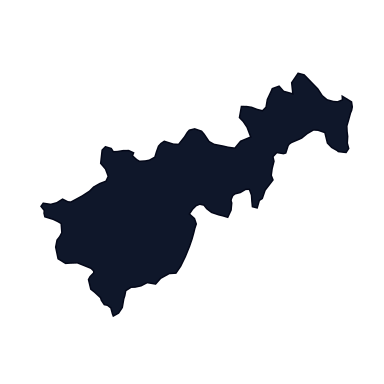 outline of Alaminos, Larnaca, Cyprus, rotated 281°
{"feature_id": "46923920B78636807865275", "entity_name": "Alaminos", "entity_type": "district", "adm_level": 2, "iso_a3": "CYP", "parent_name": "Cyprus", "parent_adm1": "Larnaca", "projection": "mercator", "projection_center": [33.448, 34.798], "detail": "fine", "context": "isolated", "style": "filled", "palette": "ink", "viewbox_px": 384, "rotation_deg": 281, "n_neighbors": 0, "source": "geoboundaries", "source_scale": "gbopen_adm2", "svg_char_len": 2383}
<svg xmlns="http://www.w3.org/2000/svg" viewBox="0 0 384 384"><g transform="rotate(281 192 192)"><path d="M328.8,273.5L318.3,269.0L314.0,270.3L307.5,272.3L307.5,271.9L307.7,270.6L308.1,265.8L308.3,262.7L312.5,257.3L308.8,251.1L306.3,250.6L297.2,248.3L289.4,248.5L285.2,245.7L285.5,240.0L286.5,234.4L286.3,229.4L285.4,224.2L274.1,224.4L271.1,228.7L266.1,233.7L257.2,239.2L251.1,230.0L243.2,225.7L242.8,218.8L243.0,213.6L243.0,204.5L244.8,199.1L251.1,192.8L253.5,189.8L254.5,182.6L252.2,177.6L249.7,176.1L244.7,174.2L236.2,169.8L235.4,164.6L236.5,155.1L233.7,152.3L230.6,150.4L224.9,149.5L219.1,148.9L215.1,144.1L213.6,140.4L212.1,134.6L213.2,131.5L216.2,126.6L219.3,127.2L220.6,122.0L219.5,116.6L217.5,111.2L216.5,107.1L219.3,104.4L219.9,98.4L216.0,95.8L202.7,96.9L198.1,102.7L191.4,106.8L186.2,105.5L182.7,99.9L178.1,94.5L173.3,91.3L167.2,85.0L162.5,79.3L159.0,75.0L158.7,72.0L160.3,66.3L155.7,61.4L152.9,55.7L152.6,48.1L149.1,46.5L145.7,50.5L142.9,50.8L139.6,52.3L138.7,60.9L137.4,65.9L136.1,69.6L127.2,72.0L123.0,70.7L119.1,68.7L111.9,68.7L100.9,73.3L97.8,81.5L98.9,85.6L100.6,93.0L98.9,101.9L97.8,107.5L95.8,110.5L93.9,111.0L89.5,108.1L86.3,107.1L77.3,111.2L75.1,115.5L70.8,122.4L68.4,123.7L64.7,127.4L64.7,130.6L62.7,134.5L57.3,137.1L55.2,138.4L59.1,143.0L65.3,145.6L74.1,145.4L77.3,145.8L82.5,145.8L86.9,150.4L87.8,154.3L90.2,159.9L94.5,165.3L94.7,173.8L101.3,177.7L107.6,185.2L109.3,191.7L116.9,195.0L127.4,197.8L138.1,199.9L145.9,201.0L152.4,201.5L156.8,201.7L161.4,202.3L166.4,199.5L169.9,193.6L175.3,195.9L179.4,198.7L181.5,201.9L181.4,206.2L178.4,209.7L175.7,215.1L174.7,222.6L174.5,227.0L174.0,231.9L181.7,233.8L188.8,233.1L190.8,232.0L192.5,231.9L196.3,232.7L198.4,234.6L200.7,239.5L204.8,244.1L205.6,247.8L200.3,251.0L194.2,252.6L189.1,254.1L188.8,259.0L196.6,259.7L199.0,262.2L207.7,263.4L219.3,269.2L223.4,266.6L230.2,266.2L237.8,266.6L242.1,264.7L246.9,267.7L247.1,274.5L248.2,276.6L255.9,277.5L257.6,278.3L259.5,280.1L264.3,287.2L265.9,289.4L271.3,293.9L276.1,299.4L276.7,303.9L275.7,311.1L265.9,315.6L262.4,320.6L260.4,326.6L259.6,327.9L260.1,334.7L260.2,335.7L264.6,337.5L269.6,335.1L276.3,334.2L280.9,332.7L286.3,331.4L293.1,332.0L299.8,332.5L302.6,333.1L306.1,333.1L310.9,331.4L314.7,321.2L311.1,322.1L308.3,317.7L307.8,313.4L308.3,307.0L311.4,301.4L317.2,295.8L321.3,289.9L328.4,279.7L328.8,273.5Z" fill="#0f172a" stroke="#020617" stroke-width="1.5"/></g></svg>